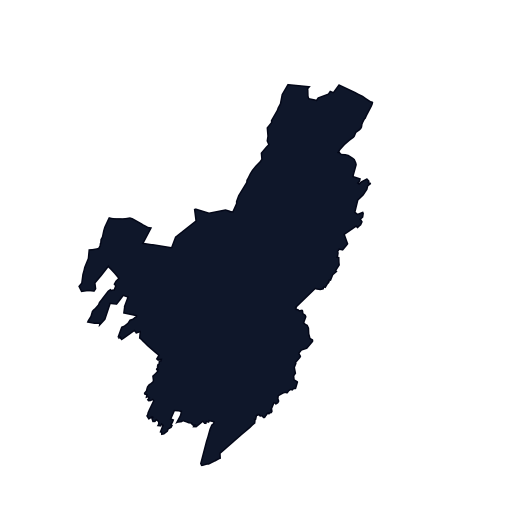 Ļaudonas pag., Madona, Latvia, rotated 138°
{"feature_id": "27541924B83547465612872", "entity_name": "Ļaudonas pag.", "entity_type": "district", "adm_level": 2, "iso_a3": "LVA", "parent_name": "Latvia", "parent_adm1": "Madona", "projection": "natural_earth1", "projection_center": [26.187, 56.69], "detail": "fine", "context": "isolated", "style": "filled", "palette": "ink", "viewbox_px": 512, "rotation_deg": 138, "n_neighbors": 0, "source": "geoboundaries", "source_scale": "gbopen_adm2", "svg_char_len": 6121}
<svg xmlns="http://www.w3.org/2000/svg" viewBox="0 0 512 512"><g transform="rotate(138 256 256)"><path d="M348.3,129.8L348.3,130.2L347.4,130.8L348.0,131.5L347.9,131.6L340.8,135.0L339.8,132.8L339.9,132.7L338.1,132.4L336.7,132.8L336.2,133.2L335.2,135.4L333.1,137.2L332.8,137.3L327.5,136.1L325.6,135.2L324.5,133.6L324.2,133.5L322.1,134.0L319.9,133.8L319.4,133.4L318.6,132.2L316.9,132.4L316.4,132.3L315.8,131.4L315.4,131.2L315.1,131.2L309.6,134.6L309.5,135.0L310.6,138.5L308.2,141.8L305.2,142.5L302.1,147.6L298.3,149.5L298.1,150.2L297.5,150.5L291.2,151.3L290.1,151.8L289.5,154.6L288.7,155.2L285.2,155.8L280.0,153.5L271.2,154.7L270.6,155.2L270.2,155.9L271.1,158.6L268.9,162.9L265.3,167.3L264.4,170.2L265.4,172.9L265.1,173.4L265.6,174.2L265.6,174.4L259.7,177.5L259.1,179.0L259.8,181.8L258.3,183.9L258.1,184.5L258.2,184.9L260.6,186.3L260.8,188.1L262.0,189.5L262.0,190.2L260.9,190.5L260.9,191.3L233.8,192.3L232.8,190.7L230.8,188.4L230.8,188.2L229.3,187.5L229.3,187.3L228.8,187.1L228.1,186.7L227.9,186.7L227.1,187.6L226.7,187.7L225.8,187.0L225.5,186.4L221.0,187.8L220.5,187.6L219.1,188.0L219.4,188.4L218.0,189.1L217.7,189.1L216.8,188.2L211.5,190.8L206.6,190.7L206.7,191.8L206.4,192.0L200.2,193.7L198.6,195.9L195.6,199.4L196.6,200.8L195.8,201.1L193.0,203.4L192.4,204.8L189.6,205.4L187.5,202.6L181.8,203.4L179.8,203.8L176.0,213.1L161.6,211.2L161.5,209.2L159.3,209.3L157.4,209.2L154.4,210.5L154.3,210.9L153.9,213.6L150.7,213.6L147.9,215.9L147.5,217.0L152.7,218.9L153.3,222.4L142.9,229.5L135.6,229.7L129.0,231.4L126.1,233.4L122.7,233.2L122.5,233.7L123.2,234.7L123.4,235.5L122.1,236.1L122.1,239.0L127.5,240.4L129.6,240.6L131.2,240.4L131.6,242.1L129.0,242.4L127.1,243.7L130.8,250.1L129.4,251.2L120.6,256.8L119.7,258.3L118.5,261.9L118.8,263.9L120.2,269.0L121.9,271.5L124.7,274.3L124.8,274.8L125.0,276.1L124.7,277.2L124.9,277.4L125.7,277.8L125.8,278.0L122.4,279.0L115.7,279.7L109.2,279.6L104.2,279.1L102.9,279.3L99.8,280.8L98.9,281.1L94.8,280.6L92.9,280.7L91.3,281.3L89.0,283.2L87.1,284.1L84.2,285.2L83.3,285.4L82.8,285.3L79.9,286.6L70.2,290.2L67.9,291.3L66.7,292.2L66.9,293.0L67.6,293.6L67.8,294.2L69.2,299.5L70.0,303.3L71.8,307.6L73.0,311.1L79.9,327.5L89.0,325.6L89.6,326.3L90.7,328.6L93.9,327.8L104.0,331.8L107.0,331.1L108.0,332.7L111.6,337.6L110.5,340.0L106.4,344.8L105.8,345.8L103.2,346.1L117.6,361.9L128.5,358.4L136.0,352.7L140.5,351.1L142.6,349.9L153.9,346.2L155.0,344.7L161.9,343.6L166.9,337.0L170.6,334.0L171.9,330.1L175.3,329.9L183.2,328.8L186.9,323.9L189.9,323.2L196.0,322.8L201.2,322.0L205.0,320.9L209.8,319.0L212.0,318.3L213.6,316.8L228.4,312.4L233.9,309.5L235.3,307.9L243.7,304.2L245.9,306.6L245.6,306.8L245.7,307.0L247.9,310.6L262.3,319.2L269.1,330.6L269.4,331.1L270.5,331.6L277.1,322.1L303.1,323.8L313.1,318.6L313.9,319.4L323.7,331.6L325.0,333.2L326.3,334.5L331.7,341.2L329.4,341.9L315.3,347.1L317.3,349.5L318.4,352.7L319.2,354.7L319.6,356.4L323.0,366.4L324.3,368.6L327.6,370.7L330.1,372.6L336.4,378.4L338.1,380.3L339.6,382.5L341.6,381.7L349.1,378.5L352.2,376.6L357.4,372.8L360.1,371.9L362.7,369.4L363.3,369.3L365.0,367.8L368.0,366.8L368.1,367.0L369.7,367.8L373.2,370.0L375.9,372.1L382.2,366.3L390.9,362.1L393.1,360.5L396.9,358.1L403.6,352.4L407.8,351.8L409.3,346.4L404.8,343.4L402.2,341.0L399.8,338.3L397.1,339.0L393.8,343.8L383.7,345.2L372.5,347.2L372.8,346.0L372.6,343.8L372.5,337.8L372.8,331.1L376.9,330.9L380.1,329.8L380.1,328.3L380.3,327.6L381.0,327.2L384.2,325.6L385.7,326.7L386.9,327.4L386.8,328.4L389.4,328.7L398.2,327.1L399.9,326.7L403.3,326.2L405.7,325.0L410.7,324.4L412.9,324.5L414.7,324.2L419.0,321.5L423.9,320.1L425.2,319.5L421.1,314.2L417.0,310.5L418.3,309.4L410.7,310.1L396.1,318.4L391.8,313.6L387.0,314.4L381.0,315.6L378.5,311.1L387.5,306.4L387.6,306.1L392.3,302.1L388.2,296.5L386.8,294.6L386.6,294.6L386.7,294.4L384.7,291.6L385.5,290.8L387.5,291.3L388.1,291.2L390.0,291.4L392.5,292.6L396.1,291.6L400.8,291.9L403.4,292.9L412.4,288.1L412.2,287.5L412.6,286.8L411.0,286.7L411.0,285.9L411.7,285.6L411.6,285.0L411.7,283.9L409.0,283.5L396.3,282.1L396.3,279.1L396.4,278.9L392.6,277.3L393.6,276.1L393.9,276.0L397.3,272.9L397.1,271.6L396.9,271.1L396.9,268.1L396.7,266.4L396.5,262.0L395.3,252.3L394.5,247.2L398.6,245.9L398.4,244.2L397.6,244.2L395.4,242.5L396.7,241.6L398.2,242.5L400.4,240.4L401.4,240.9L402.9,240.0L402.7,239.3L403.1,239.0L405.6,238.4L405.7,238.2L404.8,237.2L405.8,237.0L406.0,236.0L406.4,235.9L408.1,235.9L408.4,235.7L413.0,235.7L415.2,232.5L416.0,231.7L416.4,231.4L419.7,231.4L421.4,231.8L424.1,231.3L425.8,230.3L427.6,229.0L430.6,228.6L431.0,227.6L429.8,225.9L431.9,224.4L430.5,223.8L430.2,222.0L432.6,221.6L432.6,220.3L431.8,219.9L431.7,219.5L431.6,219.4L428.7,218.5L428.9,216.7L429.6,216.5L437.9,213.1L441.2,211.6L442.6,210.5L444.0,210.1L444.6,206.7L442.4,206.3L441.3,206.3L440.5,205.5L440.7,205.1L442.0,204.9L443.3,202.0L441.8,200.7L439.6,201.1L439.1,197.9L440.2,196.9L440.2,196.3L442.3,195.6L440.5,193.6L438.6,194.3L438.4,192.4L444.7,189.2L444.1,188.1L445.3,186.6L443.5,185.5L439.1,185.2L437.0,186.3L433.8,185.5L431.8,186.3L432.2,187.5L429.3,188.4L427.2,189.5L428.4,192.0L420.1,195.8L416.8,192.5L415.9,190.9L415.4,190.5L417.5,188.8L419.2,187.8L426.1,185.3L425.5,185.1L422.4,182.9L422.2,183.0L421.9,182.8L420.3,182.4L419.2,180.3L418.8,179.7L417.5,177.0L415.6,175.0L416.1,174.6L415.9,172.3L414.5,171.3L416.5,170.9L414.7,169.2L406.0,168.8L406.1,166.1L405.2,165.2L403.6,166.4L402.5,164.4L402.2,164.3L401.0,165.0L399.8,163.4L398.1,160.8L399.7,159.7L401.9,159.9L406.0,158.0L413.2,153.4L416.5,151.5L435.9,138.7L436.5,136.8L435.9,136.3L431.5,134.2L430.8,133.4L429.9,133.0L422.7,131.1L422.8,131.0L419.2,130.2L417.9,129.7L414.8,133.5L386.1,133.1L375.4,132.7L371.7,132.9L368.6,132.8L368.1,133.5L367.2,134.1L366.9,134.7L366.3,135.0L366.3,135.3L365.9,134.9L365.6,134.9L362.7,137.0L362.0,137.2L361.7,136.8L361.4,136.7L360.6,137.0L360.3,136.5L359.6,136.0L360.1,135.6L359.8,135.2L360.0,134.4L359.6,134.1L359.4,133.8L358.2,133.2L358.4,132.0L358.3,131.5L358.5,131.1L358.4,130.9L358.3,130.7L358.1,130.5L356.9,130.4L356.0,130.8L354.5,131.0L353.4,131.3L352.6,131.4L351.9,131.1L352.2,130.5L351.9,130.1L350.8,130.4L349.8,129.6L349.4,129.5L348.3,129.8Z" fill="#0f172a" stroke="#020617" stroke-width="1.5"/></g></svg>